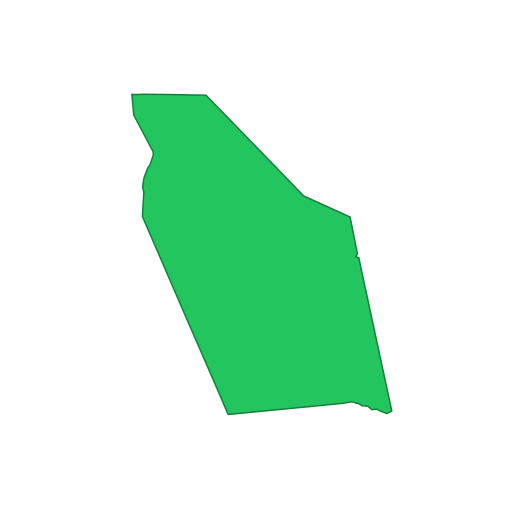 Pedro Avelino, Rio Grande do Norte, Brazil, rotated 331°
{"feature_id": "56859067B85283372210040", "entity_name": "Pedro Avelino", "entity_type": "district", "adm_level": 2, "iso_a3": "BRA", "parent_name": "Brazil", "parent_adm1": "Rio Grande do Norte", "projection": "equal_earth", "projection_center": [-36.335, -5.465], "detail": "fine", "context": "isolated", "style": "filled", "palette": "green", "viewbox_px": 512, "rotation_deg": 331, "n_neighbors": 0, "source": "geoboundaries", "source_scale": "gbopen_adm2", "svg_char_len": 761}
<svg xmlns="http://www.w3.org/2000/svg" viewBox="0 0 512 512"><g transform="rotate(331 256 256)"><path d="M154.8,381.1L253.7,424.0L260.9,427.1L269.2,430.0L272.3,433.3L274.1,434.8L276.2,438.4L280.9,441.5L282.9,446.6L287.6,448.7L288.9,451.0L291.5,454.1L294.0,457.2L299.6,457.5L322.2,382.8L331.4,352.4L342.5,315.7L345.1,307.3L342.9,305.0L345.8,303.2L357.2,267.5L326.8,226.6L314.3,180.0L290.2,91.1L257.7,72.3L254.4,70.4L240.4,62.5L235.8,59.9L233.3,58.6L231.2,57.6L228.3,56.0L225.8,54.5L217.4,73.5L216.6,114.9L215.2,117.8L213.1,119.8L207.0,125.2L204.3,126.3L201.8,128.3L199.0,130.7L196.4,132.9L193.5,136.3L190.2,140.9L188.8,145.9L180.8,158.5L175.8,166.4L165.0,276.5L159.9,329.8L156.6,363.5L154.8,381.1Z" fill="#22c55e" stroke="#15803d" stroke-width="1.5"/></g></svg>